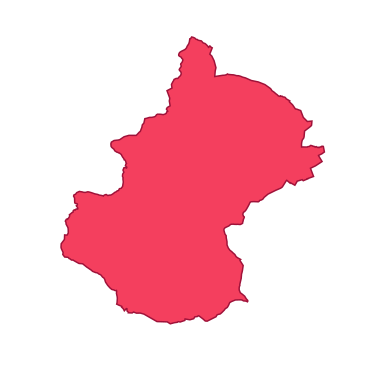 Varciorog, Bihor, Romania, rotated 119°
{"feature_id": "2599482B6130450943921", "entity_name": "Varciorog", "entity_type": "district", "adm_level": 2, "iso_a3": "ROU", "parent_name": "Romania", "parent_adm1": "Bihor", "projection": "mercator", "projection_center": [22.291, 46.961], "detail": "fine", "context": "isolated", "style": "filled", "palette": "rose", "viewbox_px": 384, "rotation_deg": 119, "n_neighbors": 0, "source": "geoboundaries", "source_scale": "gbopen_adm2", "svg_char_len": 5960}
<svg xmlns="http://www.w3.org/2000/svg" viewBox="0 0 384 384"><g transform="rotate(119 192 192)"><path d="M309.3,274.7L310.6,271.9L309.3,268.9L309.4,268.0L309.8,267.2L309.6,266.1L309.9,264.8L309.8,264.0L309.2,263.2L309.3,260.9L309.3,256.2L307.8,252.9L308.7,247.6L309.2,242.1L309.6,240.5L309.2,237.2L308.6,235.5L308.9,233.6L308.7,232.2L308.8,231.3L309.8,228.9L309.9,227.4L310.3,226.8L310.7,226.0L312.3,224.4L312.8,223.8L314.5,220.5L315.6,217.4L316.1,215.1L316.0,214.4L315.6,213.3L315.5,211.5L315.1,210.5L314.8,210.3L315.7,209.6L317.2,209.0L320.4,206.2L320.6,206.2L321.1,205.8L325.1,203.9L326.6,203.5L326.5,203.0L326.5,201.6L326.2,199.4L326.1,197.9L326.8,197.8L327.4,195.6L328.7,193.6L325.8,192.9L325.6,192.4L327.0,191.5L327.6,191.0L328.2,188.9L328.4,188.9L326.8,185.7L325.3,184.9L324.9,181.9L323.0,178.6L322.1,174.9L322.3,159.8L317.6,150.7L317.8,147.1L314.9,144.1L313.1,141.7L312.1,141.3L311.4,139.3L307.8,136.0L306.4,136.5L304.8,131.9L302.0,129.1L299.8,129.0L298.3,126.9L297.2,126.5L297.0,125.6L297.7,120.9L298.4,117.9L297.6,116.1L289.4,110.5L287.7,110.6L286.5,109.9L285.0,108.2L283.2,107.5L279.6,106.5L277.8,106.3L276.5,105.5L275.8,105.2L273.7,105.1L270.4,105.4L268.5,104.2L265.5,101.8L264.6,100.4L262.5,96.8L262.2,95.5L262.3,94.3L261.2,91.7L261.2,90.3L260.7,90.2L259.8,90.7L259.1,92.8L257.6,95.4L257.0,98.5L256.7,100.9L254.8,103.2L253.3,104.1L252.1,104.6L250.3,104.9L249.7,105.4L243.7,107.1L239.5,109.0L238.7,109.1L236.3,109.8L231.5,111.6L228.6,116.9L227.9,117.0L227.4,116.8L227.4,120.2L227.2,122.0L225.9,124.2L225.2,127.4L224.9,128.2L224.6,130.5L223.4,133.1L221.3,135.7L218.5,137.3L215.4,139.9L213.6,141.0L212.9,142.6L212.0,143.6L209.8,145.7L208.9,146.0L207.6,145.9L206.8,145.5L203.8,143.3L202.6,142.8L201.9,142.7L201.1,141.9L200.0,140.1L199.9,139.6L198.7,137.3L198.2,136.6L197.1,134.1L196.1,133.3L194.9,132.6L194.4,132.7L194.0,133.0L192.7,133.2L191.3,133.7L189.4,133.9L188.6,134.1L188.3,134.5L188.2,135.3L186.8,136.8L185.4,137.1L184.5,137.0L183.6,136.5L182.0,136.1L179.9,136.0L176.2,136.0L172.8,136.2L171.9,135.6L170.5,133.4L168.4,129.2L167.6,128.8L166.4,128.6L165.4,127.5L164.0,126.6L161.7,126.3L157.0,124.5L149.8,119.5L145.8,116.4L144.3,115.6L143.5,115.4L136.4,115.0L135.8,114.8L136.7,110.5L136.2,110.5L136.2,105.3L132.6,105.2L131.6,105.3L127.8,101.6L128.2,100.2L124.6,97.3L124.5,97.6L119.5,93.2L113.8,99.9L109.3,96.7L102.3,93.0L98.9,98.9L98.7,99.1L95.6,96.9L92.8,95.6L88.5,99.2L88.5,99.6L88.8,99.7L88.9,100.3L89.2,100.6L89.3,100.9L89.5,101.0L89.8,100.8L90.2,101.3L90.7,102.0L91.3,102.1L91.7,102.9L91.6,103.2L91.7,103.3L92.0,103.3L92.1,103.5L92.1,104.9L92.4,105.2L92.5,105.4L92.3,105.6L92.6,105.9L92.8,105.9L92.9,106.2L93.0,106.4L92.9,107.5L93.2,107.8L93.2,108.3L93.4,108.6L93.3,109.0L93.4,109.9L93.9,111.0L95.2,111.3L96.2,112.7L96.7,112.9L99.5,118.0L96.9,119.5L94.8,120.3L93.2,120.7L91.7,120.6L91.2,120.4L89.5,120.7L84.1,123.1L76.9,120.0L75.6,119.8L71.8,121.5L74.4,125.3L72.8,130.8L68.1,136.4L68.7,140.4L69.2,141.9L67.0,146.3L65.9,150.6L64.9,150.6L64.8,155.0L64.5,155.3L64.1,156.3L64.2,157.3L64.7,158.4L64.5,159.4L65.1,160.4L64.9,160.9L65.0,161.3L65.6,161.3L66.0,162.1L65.9,162.5L66.1,163.2L65.9,163.6L65.8,164.1L65.6,164.7L65.3,167.1L65.0,167.8L64.6,171.4L63.8,172.6L63.4,174.0L62.7,180.3L63.6,187.4L65.7,194.1L66.3,200.7L67.0,203.4L67.2,205.4L67.7,207.6L68.6,209.3L69.3,212.2L71.6,217.3L71.5,218.1L73.1,219.1L74.0,220.1L75.1,221.8L80.0,228.1L74.8,230.4L71.7,231.3L66.5,236.3L63.5,240.6L62.8,243.3L56.1,244.2L56.1,245.5L55.6,246.9L55.7,247.3L57.2,247.5L57.5,247.7L57.0,248.4L56.2,250.7L55.8,252.6L56.2,254.5L55.3,257.0L56.3,260.3L56.0,261.2L56.4,262.2L56.4,262.8L56.0,264.2L56.2,266.1L56.6,267.5L58.6,267.6L59.1,268.2L61.7,267.2L63.8,266.7L66.8,266.9L68.9,266.7L70.7,267.2L72.5,268.4L74.2,269.6L76.0,270.5L77.8,270.4L78.6,270.1L79.1,269.7L79.3,269.0L79.4,266.7L80.1,265.7L80.4,264.5L81.0,264.0L81.8,263.8L83.1,263.6L84.2,263.7L85.1,264.0L86.0,263.7L86.6,262.9L87.4,262.3L90.6,262.6L91.2,262.5L91.7,261.9L92.3,260.1L93.2,259.1L94.3,258.6L95.6,258.5L96.9,258.8L98.3,259.3L99.0,259.3L99.6,259.5L100.3,260.9L102.3,262.3L103.2,262.1L104.9,262.2L107.9,262.1L110.8,259.9L115.5,263.0L120.4,257.3L121.2,256.7L123.4,256.0L127.2,252.9L130.1,254.6L131.9,254.6L133.1,252.4L134.0,252.9L135.7,252.7L136.7,253.2L138.3,254.7L139.2,257.1L140.6,259.8L141.6,260.5L143.1,260.6L144.0,261.0L144.6,261.5L146.1,263.2L147.4,265.4L149.5,267.4L150.7,268.8L155.0,267.5L157.4,268.0L159.7,267.2L164.1,266.6L165.1,267.1L169.5,268.2L173.0,274.6L176.6,278.2L181.3,280.6L182.3,281.7L184.7,285.1L187.5,286.7L189.2,286.3L191.2,285.0L191.6,284.4L191.9,283.7L192.5,280.8L193.4,279.6L193.6,277.0L193.3,276.2L193.4,275.1L193.1,274.5L193.5,271.9L194.0,271.4L195.2,269.4L195.5,268.6L196.3,267.2L196.7,267.0L196.6,266.0L197.2,265.0L198.1,264.2L198.9,263.1L199.5,263.4L201.3,263.0L201.7,261.4L202.4,260.8L202.8,260.9L202.8,261.8L203.5,263.0L203.8,263.3L206.2,263.0L206.6,262.7L207.7,261.2L210.0,261.3L211.9,260.5L213.0,259.1L214.0,258.8L216.6,256.9L220.8,255.4L223.1,255.7L224.2,257.0L224.4,257.1L226.3,257.0L227.3,258.0L228.7,258.5L230.1,259.6L231.0,259.8L233.3,261.0L234.2,261.8L234.7,262.4L234.8,262.9L235.9,263.8L235.8,265.9L236.7,266.8L237.8,267.5L238.5,267.6L238.5,268.1L239.0,269.9L239.7,271.7L239.8,273.2L240.7,276.0L241.3,279.5L242.0,282.4L242.4,283.3L244.0,285.0L244.8,286.5L245.1,287.9L246.1,290.8L248.4,292.5L250.5,292.8L251.6,293.8L251.8,293.8L253.0,293.6L254.2,291.8L257.9,289.6L258.4,289.1L258.5,288.3L258.1,287.4L258.0,286.5L258.4,286.2L259.2,286.0L260.1,286.5L260.5,285.9L260.5,285.7L261.0,284.6L261.9,283.8L262.2,283.7L262.5,284.0L262.5,284.4L263.3,285.2L264.2,285.3L264.4,285.5L264.5,286.0L264.8,286.1L265.0,286.5L265.5,286.6L265.9,286.8L267.2,286.3L268.1,286.9L271.4,288.2L272.0,287.5L273.5,287.2L276.2,287.6L276.0,288.1L276.9,288.7L278.9,288.7L279.4,287.8L280.1,287.2L281.1,286.6L283.4,283.1L285.3,281.8L288.0,280.3L290.3,280.4L291.3,282.6L295.3,280.6L300.7,281.3L303.8,279.8L304.8,278.9L307.4,275.4L309.3,274.7Z" fill="#f43f5e" stroke="#9f1239" stroke-width="1.5"/></g></svg>